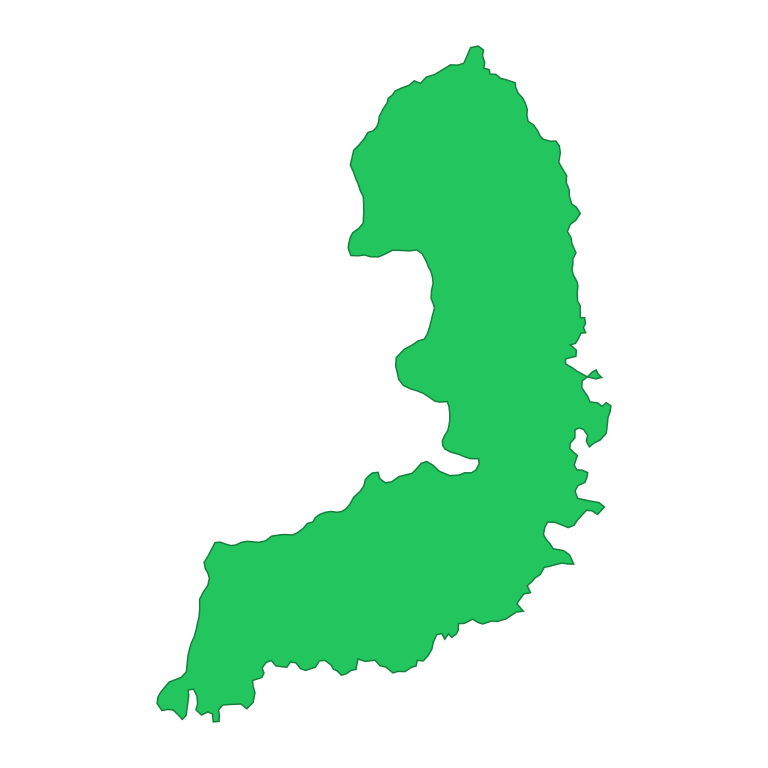 the district of Edealina, Goiás, Brazil
{"feature_id": "56859067B36713629939806", "entity_name": "Edealina", "entity_type": "district", "adm_level": 2, "iso_a3": "BRA", "parent_name": "Brazil", "parent_adm1": "Goiás", "projection": "orthographic", "projection_center": [-49.745, -17.405], "detail": "fine", "context": "isolated", "style": "filled", "palette": "green", "viewbox_px": 768, "rotation_deg": 0, "n_neighbors": 0, "source": "geoboundaries", "source_scale": "gbopen_adm2", "svg_char_len": 4879}
<svg xmlns="http://www.w3.org/2000/svg" viewBox="0 0 768 768"><path d="M478.4,46.1L470.6,47.6L466.8,56.4L463.8,63.3L457.9,65.1L450.3,64.9L444.8,68.4L434.1,74.8L426.4,77.0L420.4,83.4L414.3,80.8L409.5,85.1L401.6,88.0L395.2,90.9L392.6,94.8L388.2,98.4L387.0,103.1L383.0,109.1L379.2,116.6L378.7,121.8L376.8,126.8L373.3,130.8L367.8,132.5L364.4,138.6L358.5,145.5L353.7,150.2L352.3,156.6L350.3,165.0L353.7,172.5L355.8,178.8L357.9,183.2L360.4,191.0L363.2,196.2L363.7,204.0L363.7,213.0L363.2,223.2L359.2,228.0L352.7,232.8L350.5,237.0L348.8,243.2L348.2,248.0L350.8,255.5L358.2,255.8L364.6,255.0L370.1,256.7L378.5,256.9L384.3,254.4L392.6,250.2L400.0,250.4L409.5,250.9L416.6,249.9L422.2,253.7L426.7,262.2L428.4,267.0L430.7,270.9L432.4,276.7L433.1,283.2L431.6,290.4L431.0,298.2L433.1,303.4L434.5,308.1L432.4,315.7L431.2,320.7L429.5,327.4L427.4,333.9L424.3,339.2L418.3,340.9L412.1,345.1L404.1,349.4L396.2,357.7L395.7,366.3L397.3,372.6L398.6,379.1L403.3,385.4L410.7,388.9L417.2,390.9L423.1,393.3L427.7,396.1L434.8,401.1L439.5,402.1L447.3,401.6L449.0,406.6L449.8,414.0L449.8,419.9L449.0,425.3L447.9,430.3L444.7,435.6L442.4,440.5L442.7,445.3L445.0,449.1L450.8,452.1L459.3,454.5L463.4,456.3L470.0,458.6L478.6,458.8L479.1,463.8L476.0,470.0L471.5,472.8L464.6,472.8L459.0,475.1L449.8,475.6L439.3,471.3L433.0,465.2L426.7,461.5L421.2,463.3L417.2,468.1L412.1,473.3L399.2,476.5L391.6,481.8L385.2,482.8L379.7,478.5L378.1,472.3L372.3,473.0L368.7,475.9L365.4,479.4L363.8,486.0L360.4,491.0L353.7,497.3L349.5,504.8L345.7,509.1L341.6,511.5L337.0,512.3L331.1,511.5L325.3,512.3L320.0,514.3L315.4,517.5L312.8,522.0L307.3,523.5L303.2,528.5L297.3,532.8L292.3,535.1L287.3,534.6L282.0,534.6L271.8,536.1L265.6,540.8L259.4,542.3L254.9,542.0L247.3,541.3L241.5,542.3L235.9,545.0L231.0,545.6L225.6,544.1L220.1,542.1L215.1,542.6L212.6,547.3L208.2,555.8L204.1,562.4L205.3,568.6L207.9,573.1L209.4,578.3L207.8,585.4L203.5,591.8L199.6,599.3L199.7,608.8L199.1,616.3L197.5,623.5L196.3,629.3L194.0,637.3L191.4,642.8L189.7,648.5L188.0,655.5L187.1,664.3L186.4,671.7L181.4,677.3L169.2,682.0L161.2,691.5L158.0,697.0L157.1,703.5L161.9,710.5L167.6,709.5L173.2,710.0L179.3,716.0L182.3,719.4L186.1,715.5L187.8,702.8L188.7,695.8L188.1,690.0L193.5,689.2L196.9,695.9L197.6,703.9L196.0,709.8L201.5,715.0L207.9,711.9L212.4,713.9L213.3,721.9L219.1,721.4L219.3,714.7L218.5,709.9L222.8,705.0L230.2,704.5L240.9,704.0L246.9,708.7L253.1,702.4L255.0,692.7L253.0,686.2L252.6,680.5L261.9,677.4L264.0,673.2L262.1,668.0L266.2,662.4L271.2,660.5L275.9,665.9L281.6,666.7L286.9,667.2L290.4,661.9L296.0,662.9L300.4,668.6L305.6,670.4L315.5,667.2L319.3,660.9L324.9,660.4L331.0,664.9L333.4,669.2L337.4,671.1L341.4,675.2L346.5,673.7L350.9,670.5L356.1,669.4L356.9,664.1L358.1,659.0L365.2,661.4L375.0,660.2L380.0,665.7L386.0,667.1L392.9,672.9L398.1,671.4L405.0,671.6L411.2,667.4L416.1,666.0L417.2,660.4L423.4,660.9L428.1,655.6L431.9,649.1L433.3,642.2L436.7,634.7L441.7,633.5L444.8,639.2L448.4,633.9L451.7,637.4L456.0,634.2L458.3,630.2L458.4,623.7L464.3,623.4L472.7,619.2L478.1,622.5L482.7,624.0L491.7,621.0L497.2,621.5L505.8,619.0L510.5,615.9L516.2,612.1L523.3,611.2L516.9,603.8L520.5,598.4L523.8,593.9L530.5,592.7L527.2,585.7L531.9,581.7L534.9,578.0L540.3,574.5L544.3,567.3L548.9,566.5L553.4,565.2L557.7,564.1L562.4,563.0L567.6,564.0L573.7,564.1L569.6,555.0L563.7,550.7L557.7,549.5L553.2,548.8L550.4,544.3L545.8,538.8L543.4,534.5L544.8,527.5L547.5,522.0L554.9,522.3L562.7,525.3L568.2,527.6L574.0,525.3L577.3,520.3L582.2,514.8L586.5,510.3L592.1,510.8L597.5,514.5L604.4,507.1L599.1,502.6L588.5,500.8L577.5,498.3L575.1,491.1L577.7,485.8L585.0,482.3L586.8,477.8L587.7,472.6L582.1,470.1L576.8,469.9L574.2,465.1L577.3,455.6L569.9,448.8L570.1,443.4L574.9,437.8L575.0,429.8L579.2,427.9L583.8,429.7L587.6,435.4L586.4,441.1L589.4,446.9L594.4,442.8L600.1,440.1L606.3,433.2L607.4,423.8L608.0,417.4L610.2,411.4L610.9,405.9L606.2,402.7L602.1,406.4L597.5,402.9L590.0,401.9L587.5,396.2L581.8,387.7L582.1,380.9L587.5,376.9L582.6,374.2L577.1,371.3L572.8,368.1L565.6,363.9L565.6,358.9L571.4,357.4L575.9,356.4L576.4,350.2L570.2,344.9L575.5,343.4L578.5,338.4L580.9,333.2L585.7,332.7L583.4,327.6L585.5,323.5L584.6,317.7L580.2,317.7L580.2,312.3L580.2,305.6L577.6,301.3L577.2,293.5L577.9,285.7L576.7,281.0L573.3,275.0L572.0,269.5L572.9,264.0L572.9,258.7L576.0,252.8L573.8,248.0L571.9,243.5L571.0,237.7L567.4,231.5L570.3,224.4L575.7,220.3L580.3,213.5L576.2,207.0L571.7,204.0L569.3,195.8L569.3,190.3L566.2,182.3L566.7,175.8L562.6,169.1L558.8,162.3L560.3,152.8L559.3,145.8L555.8,141.0L550.5,141.3L543.3,139.3L540.1,136.0L537.8,131.1L533.7,125.0L528.1,121.5L526.9,115.0L527.3,109.4L525.7,104.3L522.9,98.3L518.1,93.1L515.7,87.6L515.2,82.8L507.3,80.1L500.5,78.3L495.8,74.3L490.0,74.1L489.2,69.6L483.7,68.1L484.7,62.6L482.5,55.8L483.5,50.1L478.4,46.1ZM587.5,376.9L595.9,378.9L601.6,377.4L598.1,374.2L596.2,369.9L592.1,372.1L587.5,376.9Z" fill="#22c55e" stroke="#15803d" stroke-width="1.5"/></svg>